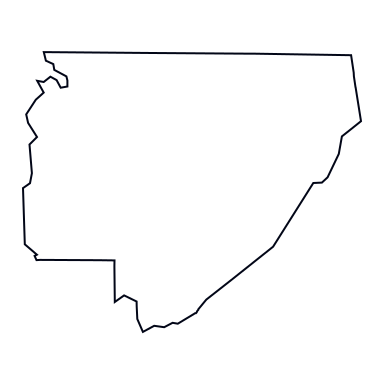 Jackson, Alabama, United States of America
{"feature_id": "52423323B51119346032730", "entity_name": "Jackson", "entity_type": "district", "adm_level": 2, "iso_a3": "USA", "parent_name": "United States of America", "parent_adm1": "Alabama", "projection": "orthographic", "projection_center": [-86.071, 34.728], "detail": "fine", "context": "isolated", "style": "outline", "palette": "ink", "viewbox_px": 384, "rotation_deg": 0, "n_neighbors": 0, "source": "geoboundaries", "source_scale": "gbopen_adm2", "svg_char_len": 880}
<svg xmlns="http://www.w3.org/2000/svg" viewBox="0 0 384 384"><path d="M154.2,325.8L164.2,327.2L172.6,322.8L177.8,323.7L194.2,313.8L195.1,313.2L195.9,313.2L196.4,312.7L196.9,311.9L197.1,311.2L198.3,309.8L198.3,309.3L206.3,299.6L231.4,279.9L273.1,246.7L313.3,183.0L321.9,182.6L327.6,177.3L338.8,153.9L341.9,136.4L361.0,121.2L355.6,87.3L355.5,87.2L353.9,76.3L353.7,72.6L351.1,55.2L255.7,53.7L253.8,53.7L238.5,53.6L152.4,53.0L43.8,52.1L45.9,60.7L53.3,64.1L54.3,69.9L66.4,76.4L67.4,80.5L67.4,86.5L60.7,87.7L56.6,80.1L50.4,76.7L43.7,82.0L37.2,80.8L43.7,92.6L35.8,99.7L26.2,114.4L28.1,122.9L37.0,137.0L29.5,144.5L31.9,173.2L30.0,183.2L23.0,188.1L24.8,244.3L36.9,254.7L34.6,255.9L36.5,260.1L40.3,259.9L41.2,259.9L99.4,260.2L114.5,260.4L114.4,266.1L114.8,302.0L124.1,295.4L136.6,301.5L136.7,306.4L137.3,319.0L142.9,331.9L154.2,325.8Z" fill="none" stroke="#020617" stroke-width="2"/></svg>